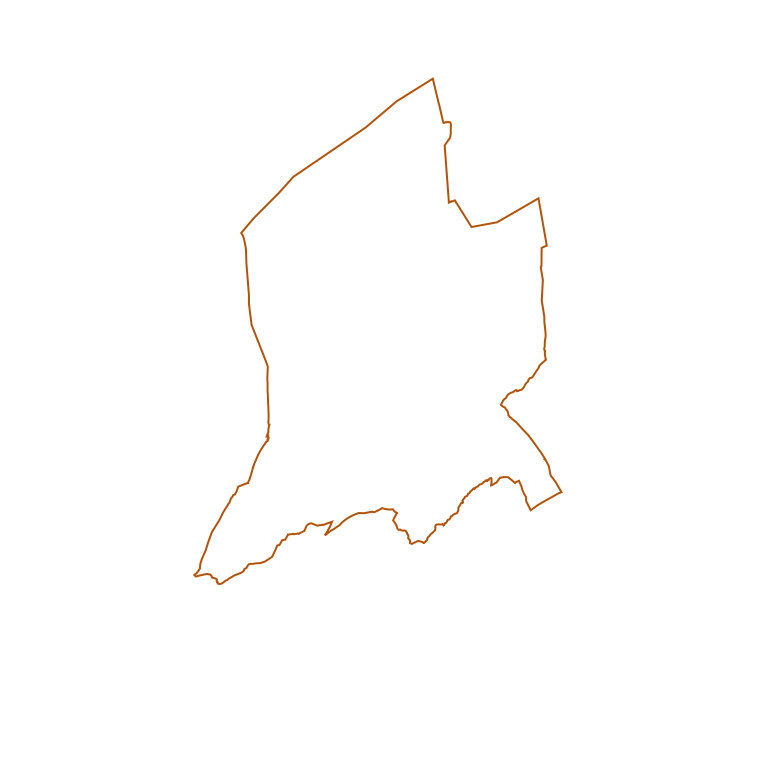 the district of "Vestre Slidre" nor, Oppland, Norway, rotated 129°
{"feature_id": "86288312B11903368745588", "entity_name": "\"Vestre Slidre\" nor", "entity_type": "district", "adm_level": 2, "iso_a3": "NOR", "parent_name": "Norway", "parent_adm1": "Oppland", "projection": "natural_earth1", "projection_center": [8.94, 61.053], "detail": "fine", "context": "isolated", "style": "outline", "palette": "amber", "viewbox_px": 768, "rotation_deg": 129, "n_neighbors": 0, "source": "geoboundaries", "source_scale": "gbopen_adm2", "svg_char_len": 6082}
<svg xmlns="http://www.w3.org/2000/svg" viewBox="0 0 768 768"><g transform="rotate(129 384 384)"><path d="M356.5,590.0L357.7,586.6L360.4,582.8L362.2,580.7L364.9,577.4L366.9,575.4L376.9,566.8L399.8,545.0L406.6,539.5L421.3,524.2L440.9,489.7L443.7,485.2L453.2,478.1L457.1,474.6L462.6,470.2L464.9,468.0L472.5,461.4L474.1,459.9L482.2,452.9L486.9,449.5L486.9,449.3L488.5,447.6L488.1,447.3L488.3,447.2L490.9,446.0L492.8,444.7L492.7,444.7L494.1,443.7L494.9,443.3L496.6,443.0L498.5,442.1L497.1,441.4L498.8,440.0L498.6,439.8L499.1,439.4L499.5,439.4L499.7,439.7L500.1,439.6L500.0,439.4L501.2,438.6L502.8,439.2L503.3,438.9L503.5,439.1L508.5,438.7L513.2,438.2L518.4,437.2L526.6,434.9L531.2,433.2L531.3,433.4L533.2,432.4L539.2,429.8L543.4,428.3L545.8,427.8L546.5,427.2L547.4,428.1L555.5,432.7L560.6,430.9L563.2,430.5L563.6,430.3L565.4,431.3L565.9,431.1L567.4,430.8L569.4,430.9L573.3,429.4L575.6,429.5L576.2,429.3L584.8,428.2L593.9,426.2L607.7,424.5L618.2,420.8L625.8,417.8L634.7,415.4L639.0,413.7L641.8,412.0L643.3,410.9L646.2,410.6L648.9,410.6L649.9,410.7L651.1,411.2L651.7,411.3L651.9,411.1L652.0,409.3L651.6,408.6L650.8,408.1L650.2,407.8L645.0,403.7L642.7,401.6L642.4,400.5L641.7,399.9L641.4,398.9L641.9,396.7L642.6,396.1L642.6,395.9L641.9,394.0L641.4,393.3L641.0,390.9L641.7,390.5L642.8,389.6L643.1,389.1L642.8,388.7L642.7,388.4L643.7,387.6L643.1,386.1L641.7,384.8L639.7,384.1L636.3,383.3L635.4,382.6L633.2,382.2L630.5,381.1L626.8,379.8L625.4,378.9L620.9,376.4L619.0,375.6L617.4,375.4L616.5,375.6L615.8,376.1L614.9,375.8L613.9,375.2L613.0,375.2L611.5,375.6L609.3,375.6L607.6,374.4L606.5,372.9L603.9,370.6L601.3,367.6L597.0,364.8L588.7,362.2L580.2,364.2L576.7,365.4L575.1,364.0L573.7,364.1L569.6,364.8L567.0,362.8L561.5,363.8L561.5,363.6L560.0,362.5L558.4,360.8L557.6,360.3L557.4,359.4L554.2,356.6L554.1,355.9L553.0,355.6L548.3,353.4L542.6,355.0L539.9,354.4L538.0,352.8L536.0,346.6L534.5,345.4L532.4,343.2L532.2,343.3L531.9,342.8L531.3,342.1L530.3,341.7L527.3,339.9L523.8,337.7L529.2,336.1L537.0,334.9L538.9,334.8L536.7,334.1L530.9,332.9L529.7,332.2L521.7,329.7L518.3,329.5L515.0,328.9L512.6,328.2L511.4,327.9L509.2,327.1L504.4,324.9L500.3,322.6L496.9,318.1L491.3,313.4L490.7,312.7L489.6,310.8L485.8,308.9L481.6,307.3L480.8,305.3L479.7,303.2L478.1,300.7L475.8,298.2L476.3,296.8L476.4,294.5L476.0,292.7L482.3,291.7L484.3,291.0L485.0,287.8L485.6,286.7L486.1,285.3L487.9,282.6L488.2,281.2L488.1,280.7L487.7,280.3L487.1,280.0L486.9,279.7L486.9,278.9L486.8,278.2L486.4,277.8L486.3,277.4L486.0,277.0L485.1,276.1L485.0,275.8L484.7,275.5L484.5,274.9L484.6,274.4L484.9,273.8L485.0,272.7L485.9,271.7L486.1,270.3L487.1,269.1L488.6,268.2L488.6,267.6L489.0,266.5L489.1,265.5L489.5,265.4L489.8,264.7L490.5,264.4L491.1,263.8L490.9,263.6L491.1,263.4L491.0,262.3L490.7,261.7L485.8,259.4L484.6,258.7L484.2,258.2L482.6,254.7L482.7,253.2L482.2,252.8L480.6,252.6L477.7,252.4L477.2,253.0L476.6,253.2L475.1,253.3L473.8,253.0L472.9,253.1L471.9,253.1L471.3,253.2L470.5,253.1L469.5,252.7L468.8,252.7L468.1,252.5L465.8,252.3L465.1,252.5L463.5,253.4L463.3,253.9L462.8,254.3L462.1,254.7L461.5,254.9L460.7,254.9L460.1,254.6L458.7,253.3L458.0,252.1L456.9,250.9L456.1,250.5L455.9,250.1L456.4,248.7L455.9,248.6L453.7,249.0L453.4,248.9L452.9,248.4L452.6,248.4L451.0,248.5L450.4,248.9L449.9,248.8L449.6,248.9L449.3,248.9L448.3,248.1L448.0,248.0L446.0,248.1L445.1,248.7L444.8,248.7L444.3,248.3L443.8,248.1L441.8,247.9L441.0,247.5L440.2,247.3L439.8,246.7L439.3,246.5L438.6,246.1L438.2,246.1L435.7,246.6L433.9,247.8L433.5,248.2L431.8,248.6L430.1,248.6L429.2,249.0L427.9,249.0L427.3,248.6L427.0,248.1L426.4,248.0L425.9,248.3L425.5,249.6L425.1,249.7L424.3,249.7L423.5,249.9L422.3,249.6L421.6,249.9L420.6,250.0L419.0,249.1L417.3,249.1L416.8,249.5L416.4,249.6L415.8,249.4L414.9,248.9L414.0,249.0L413.4,249.3L412.9,249.3L412.3,249.0L411.2,248.8L408.8,248.7L408.3,248.3L408.4,248.1L408.8,247.8L408.7,247.6L406.8,247.6L405.4,247.2L404.8,246.6L402.9,246.6L402.0,246.4L401.7,246.3L401.5,245.9L399.9,245.1L398.3,244.9L397.7,244.6L397.1,244.7L395.4,244.1L395.0,244.3L394.5,243.7L394.2,243.5L394.7,243.2L394.5,242.8L394.3,242.7L392.5,242.3L391.3,242.5L390.7,242.4L389.7,241.5L390.1,240.6L393.6,238.0L395.2,237.2L395.5,236.9L394.3,236.3L392.7,235.8L390.0,234.7L389.5,234.6L383.8,234.9L383.3,234.3L381.2,232.6L378.4,229.1L378.3,224.3L378.5,219.9L377.9,219.9L377.1,219.7L376.3,219.3L376.1,219.1L375.9,219.1L375.6,218.8L374.3,218.2L377.1,212.7L379.0,210.2L381.2,206.0L382.6,202.2L384.7,200.6L385.7,199.5L389.8,190.5L381.8,188.4L377.0,186.7L359.0,179.5L356.4,178.0L352.0,189.4L350.8,194.3L350.5,196.0L350.1,197.0L348.6,199.0L344.2,204.0L341.2,210.8L341.4,210.9L341.6,211.7L340.8,211.8L338.3,219.5L335.0,231.6L332.8,240.5L331.9,248.1L330.3,258.3L330.7,259.5L330.4,260.7L330.6,262.5L330.3,263.8L330.5,265.4L330.3,266.3L330.0,267.2L330.1,267.5L329.4,268.1L328.0,269.9L327.3,271.1L326.8,273.7L326.4,274.6L326.2,275.3L326.6,276.8L326.7,278.8L326.6,280.1L325.9,280.1L321.4,281.1L320.8,281.1L317.8,280.4L315.6,280.9L314.3,280.9L312.8,280.6L311.0,279.9L309.6,278.9L308.7,278.5L306.0,277.8L305.5,277.5L305.3,276.7L305.8,276.0L305.6,275.7L303.3,274.6L302.5,273.9L301.9,273.5L300.3,273.2L298.2,273.3L295.6,273.9L294.6,274.0L291.2,273.7L290.5,274.1L289.7,274.4L287.6,274.3L286.2,273.2L285.2,273.1L283.9,273.1L277.2,273.8L274.8,273.9L273.6,274.1L272.4,274.7L271.9,274.6L269.5,274.6L265.8,273.8L264.1,273.7L263.3,273.4L261.3,275.9L259.2,278.1L257.4,279.4L257.6,279.5L256.4,280.8L255.7,281.8L254.0,282.5L249.4,286.0L246.3,287.7L244.3,289.1L241.3,291.9L235.1,298.2L230.8,301.8L219.9,313.9L203.2,326.0L195.3,334.9L194.4,335.8L193.3,335.8L179.0,347.2L174.0,344.6L142.5,380.8L187.2,397.9L206.9,414.8L196.7,444.5L200.8,446.9L200.5,447.1L202.1,447.8L160.4,487.0L151.3,487.6L150.8,487.7L147.2,489.8L142.6,493.6L141.5,494.2L140.6,495.1L139.3,496.5L139.1,497.3L139.1,497.6L139.4,498.0L139.6,498.4L140.2,499.2L140.5,499.3L140.5,499.5L141.1,499.9L141.5,500.7L142.8,501.3L143.0,501.8L143.6,502.1L142.9,503.3L132.3,516.8L131.1,518.6L116.0,538.2L156.3,552.1L196.3,559.7L279.9,584.8L301.2,585.9L337.3,589.6L356.5,590.0Z" fill="none" stroke="#b45309" stroke-width="2"/></g></svg>